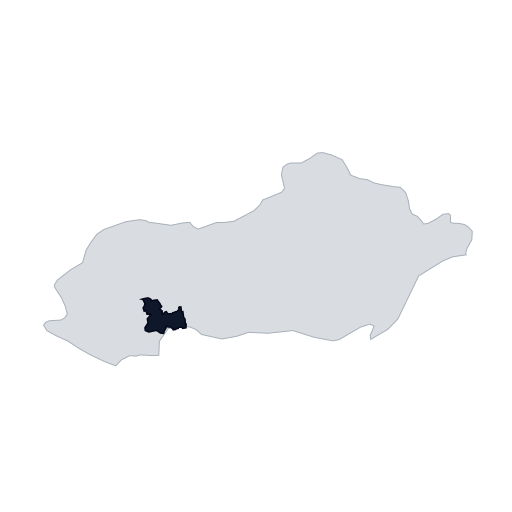 Lezhë, Lezhë, Albania shown in context, rotated 265°
{"feature_id": "67620474B20431026689517", "entity_name": "Lezhë", "entity_type": "district", "adm_level": 2, "iso_a3": "ALB", "parent_name": "Albania", "parent_adm1": "Lezhë", "projection": "equal_earth", "projection_center": [19.698, 41.807], "detail": "fine", "context": "in_parent", "style": "filled", "palette": "ink", "viewbox_px": 512, "rotation_deg": 265, "n_neighbors": 0, "source": "geoboundaries", "source_scale": "gbopen_adm2", "svg_char_len": 2515}
<svg xmlns="http://www.w3.org/2000/svg" viewBox="0 0 512 512"><g transform="rotate(265 256 256)"><path d="M165.5,150.5L165.9,143.3L167.6,131.9L166.7,128.1L167.7,121.6L164.3,112.9L158.8,106.7L164.2,95.6L172.0,82.3L179.2,71.8L187.9,60.8L193.8,50.2L200.0,41.1L205.4,38.4L208.1,40.3L209.5,44.2L209.2,56.0L211.0,60.0L214.7,63.0L222.6,61.6L231.3,58.6L243.0,52.4L245.0,52.8L249.4,56.1L258.5,70.2L264.5,82.7L276.4,87.1L283.0,91.9L291.6,99.4L295.7,106.8L301.6,129.7L302.3,143.5L300.7,149.8L299.2,151.4L294.0,174.0L295.3,185.5L295.3,193.0L290.8,196.0L287.9,200.8L292.8,219.6L292.2,227.6L292.5,236.9L301.3,257.9L306.5,264.4L311.2,267.5L317.2,286.9L320.7,290.3L335.0,288.4L342.1,290.6L344.9,295.2L345.6,298.4L344.7,309.2L348.3,317.6L353.2,326.3L353.2,331.5L350.0,340.2L344.3,350.3L336.7,354.1L328.3,357.4L324.3,365.3L322.3,373.6L318.6,379.8L316.3,386.6L312.8,400.4L312.0,405.5L306.3,410.6L297.4,412.6L289.5,413.1L284.1,415.4L281.4,420.2L276.4,424.0L273.3,425.7L273.4,429.9L277.1,438.8L281.3,445.9L281.4,451.7L279.3,453.3L272.9,452.6L271.5,454.7L270.8,461.1L269.1,466.6L266.4,470.0L261.8,473.6L253.3,472.4L245.3,466.9L241.1,465.2L238.8,465.4L238.1,451.9L234.7,441.5L222.0,416.3L181.0,391.9L171.4,380.9L167.1,371.7L162.9,363.0L167.0,362.8L171.0,365.0L176.1,367.6L178.2,363.3L176.0,353.8L165.5,331.6L164.7,325.5L169.9,307.0L178.5,286.2L178.0,261.1L180.6,242.1L177.7,229.8L176.3,214.8L182.6,194.8L188.0,189.8L191.3,183.5L191.5,162.3L179.4,152.3L165.5,150.5Z" fill="#d9dde1" stroke="#a8b0b8" stroke-width="1"/><path d="M210.7,139.8L211.2,141.7L207.5,142.3L206.8,146.3L205.2,144.6L202.9,142.2L198.8,142.6L194.2,139.1L191.4,139.2L189.6,142.6L190.3,147.9L190.5,150.5L187.6,154.0L187.1,156.3L186.9,157.2L189.6,158.3L192.1,160.1L193.8,160.3L193.0,162.1L192.7,163.8L192.7,164.9L191.0,166.4L189.6,167.1L189.8,169.7L190.6,170.0L190.6,172.2L191.8,172.7L191.6,175.7L190.3,176.7L190.5,179.9L191.9,180.2L194.4,180.5L195.1,179.7L199.3,179.8L201.3,178.6L206.8,178.3L206.5,177.6L207.3,177.4L207.5,176.8L211.8,176.8L212.0,175.2L211.3,174.5L209.9,174.7L209.0,174.0L208.2,173.1L207.5,172.3L207.5,170.8L206.9,169.8L206.8,168.2L206.0,167.6L205.9,163.6L207.5,162.2L208.4,161.9L208.2,160.6L207.2,159.4L206.0,158.4L205.9,157.7L209.5,157.7L211.2,155.7L212.3,155.7L213.0,156.9L214.0,157.7L215.0,156.9L216.9,156.2L218.5,155.2L219.9,154.2L220.9,153.9L220.8,150.3L220.5,148.2L222.3,147.3L223.0,146.1L223.7,144.7L223.4,141.4L222.9,138.5L222.5,139.6L218.2,141.2L216.2,140.5L214.1,139.0L210.7,139.8Z" fill="#0f172a" stroke="#020617" stroke-width="1.5"/></g></svg>